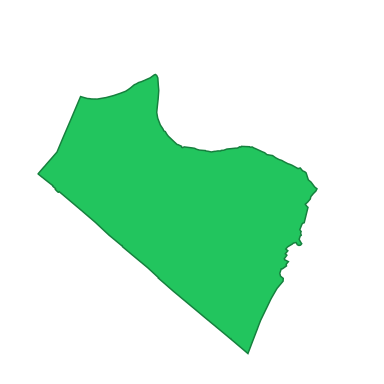 outline of Illiasa, North Bank, Gambia, rotated 220°
{"feature_id": "56634734B27555440336226", "entity_name": "Illiasa", "entity_type": "district", "adm_level": 2, "iso_a3": "GMB", "parent_name": "Gambia", "parent_adm1": "North Bank", "projection": "equal_earth", "projection_center": [-15.729, 13.524], "detail": "fine", "context": "isolated", "style": "filled", "palette": "green", "viewbox_px": 384, "rotation_deg": 220, "n_neighbors": 0, "source": "geoboundaries", "source_scale": "gbopen_adm2", "svg_char_len": 2503}
<svg xmlns="http://www.w3.org/2000/svg" viewBox="0 0 384 384"><g transform="rotate(220 192 192)"><path d="M98.0,273.5L98.3,274.8L101.2,274.7L107.2,276.1L110.7,276.1L116.9,280.0L118.6,280.0L121.0,279.3L124.5,280.0L125.3,278.9L125.8,278.1L132.6,276.8L135.1,276.0L136.7,275.3L140.7,274.4L143.5,273.9L146.2,272.8L149.9,272.0L153.7,271.7L158.6,268.8L161.6,268.8L163.7,268.1L171.4,266.0L172.9,265.5L174.8,265.2L176.2,263.7L177.0,263.7L183.5,258.7L183.5,257.7L184.5,257.3L185.4,254.8L187.0,253.4L192.9,247.3L194.5,244.4L196.4,242.6L196.4,241.9L198.6,240.1L200.4,238.0L201.1,237.4L202.9,235.1L205.8,233.6L207.6,232.4L208.3,232.4L213.2,228.9L215.9,227.7L218.0,227.2L219.7,226.2L222.7,224.3L227.0,221.5L227.6,220.0L228.6,219.6L229.4,220.3L233.1,219.3L234.0,218.8L239.4,219.1L242.5,219.3L245.9,219.5L248.2,220.0L251.3,221.1L252.9,220.7L254.7,221.6L259.4,223.0L265.7,226.5L270.2,230.3L271.0,231.5L274.6,236.8L277.6,241.3L282.7,248.4L286.5,252.2L291.5,257.4L294.0,258.6L295.6,258.5L296.2,257.4L297.4,252.6L301.6,244.1L303.3,241.5L304.2,238.9L305.1,237.2L305.3,236.3L306.0,232.2L306.7,229.4L307.6,226.5L310.5,221.3L314.1,215.4L318.6,209.0L321.1,206.1L324.3,202.3L329.0,198.5L330.3,197.8L332.2,196.4L335.5,194.9L337.1,194.2L338.7,193.5L331.1,168.7L325.4,149.7L321.1,135.8L321.2,129.6L321.4,119.7L321.4,117.0L321.5,115.8L321.6,107.1L321.4,106.9L316.1,107.0L302.5,107.4L302.2,106.9L298.8,106.9L298.4,106.1L295.4,105.8L294.5,105.8L294.1,106.0L293.9,106.9L290.0,106.9L289.7,106.9L264.9,106.8L254.7,106.7L253.0,106.7L246.2,106.6L237.3,106.1L237.1,106.1L231.6,105.8L229.4,105.7L228.0,105.6L214.7,105.7L210.7,105.7L210.7,105.8L210.0,105.4L196.7,105.4L179.0,105.5L176.9,105.5L162.4,104.8L162.4,104.4L142.1,104.0L112.1,104.1L102.7,104.1L74.4,104.3L68.3,104.3L67.7,104.3L67.7,104.5L67.3,104.3L45.3,104.2L47.7,111.1L48.3,112.8L53.3,127.3L54.0,129.4L54.4,130.4L56.0,135.0L56.8,137.4L57.0,138.0L59.6,148.3L60.8,153.1L62.4,159.3L62.7,160.5L63.1,162.5L64.5,170.5L64.9,172.8L64.9,182.2L66.6,184.5L70.0,184.4L72.5,186.1L74.2,190.5L73.4,191.1L72.1,196.1L73.4,197.2L73.4,200.6L77.4,199.7L78.4,200.2L78.7,204.6L80.8,204.6L80.8,208.6L83.5,208.6L83.5,209.1L83.5,211.3L82.5,214.4L81.8,216.2L81.5,218.0L79.8,220.2L77.4,219.3L75.7,219.8L74.7,221.1L74.7,222.9L76.1,223.3L79.5,224.6L80.8,227.8L80.5,229.1L82.5,230.4L82.9,231.8L85.2,232.4L87.1,238.1L87.1,239.2L86.3,240.6L93.3,254.8L94.7,254.8L97.4,255.5L96.9,258.4L96.9,260.2L96.9,262.7L98.0,264.8L98.0,268.7L97.7,272.3L98.0,273.5Z" fill="#22c55e" stroke="#15803d" stroke-width="1.5"/></g></svg>